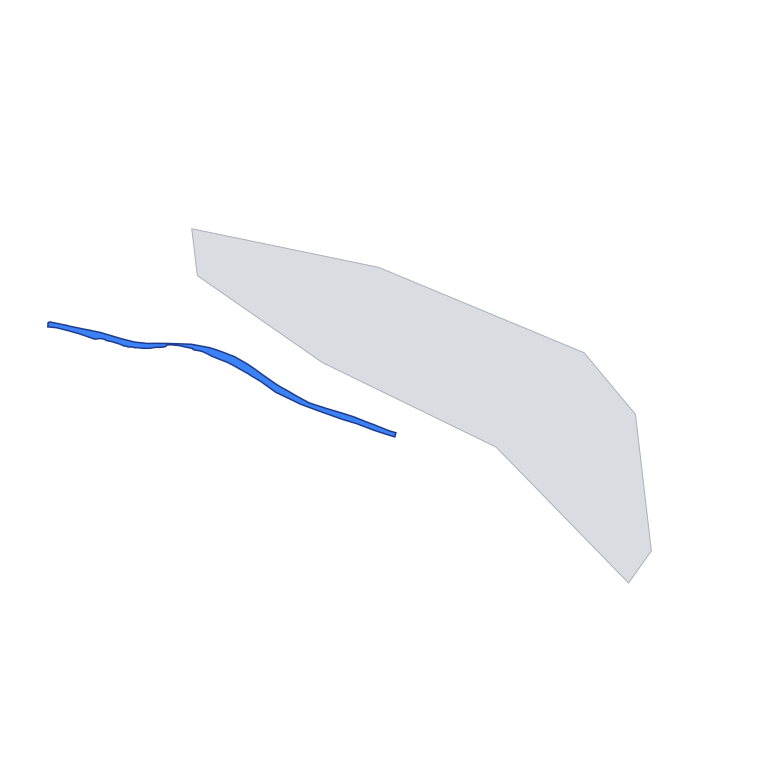 Lofeagai, Tuvalu (highlighted), rotated 303°
{"feature_id": "33948139B40181736549417", "entity_name": "Lofeagai", "entity_type": "district", "adm_level": 2, "iso_a3": "TUV", "parent_name": "Tuvalu", "parent_adm1": "", "projection": "orthographic", "projection_center": [179.19, -8.479], "detail": "fine", "context": "in_parent", "style": "filled", "palette": "blue", "viewbox_px": 768, "rotation_deg": 303, "n_neighbors": 0, "source": "geoboundaries", "source_scale": "gbopen_adm2", "svg_char_len": 1869}
<svg xmlns="http://www.w3.org/2000/svg" viewBox="0 0 768 768"><g transform="rotate(303 384 384)"><path d="M495.5,611.4L389.7,699.1L350.3,697.5L392.1,512.4L368.4,320.9L373.2,168.5L409.5,138.2L478.9,316.1L519.2,534.8L495.5,611.4Z" fill="#d9dde1" stroke="#a8b0b8" stroke-width="1"/><path d="M349.6,420.5L347.9,415.0L346.7,409.5L344.4,397.8L342.5,389.3L342.1,387.3L340.0,376.6L337.1,365.9L333.6,354.0L332.3,349.6L329.2,338.4L327.4,331.3L326.4,318.9L326.1,312.8L325.8,306.3L325.2,298.7L325.1,293.1L325.6,278.1L325.9,272.4L326.1,269.6L326.4,258.8L325.5,243.6L324.1,237.0L323.2,232.6L321.8,226.4L319.4,217.7L312.4,200.8L309.4,195.8L302.2,183.8L299.5,179.4L293.9,170.6L289.2,163.6L283.2,151.7L280.1,142.5L278.2,136.6L272.8,118.2L260.8,87.7L260.8,87.2L254.0,69.8L252.5,68.9L248.8,70.9L250.7,74.5L252.8,78.6L256.8,90.3L260.0,100.6L263.9,116.3L264.3,117.2L264.6,117.7L265.5,118.8L266.4,119.6L266.7,120.1L267.4,121.1L267.8,121.9L268.4,123.0L268.9,124.2L269.3,125.2L269.3,126.1L269.2,127.2L271.3,132.8L273.6,140.9L273.8,142.4L274.0,143.4L274.1,144.5L274.2,145.3L274.7,146.0L275.2,146.8L275.4,148.1L275.7,149.3L277.0,151.2L278.0,152.9L278.7,155.2L280.4,157.9L281.3,159.6L282.6,162.3L285.0,166.1L285.8,167.3L287.1,168.9L288.0,169.9L288.8,170.7L289.7,171.7L291.3,173.9L293.5,177.2L294.0,177.7L294.5,178.5L295.0,179.0L295.6,179.6L296.5,180.3L296.9,180.4L297.4,180.7L298.0,180.8L298.7,180.8L298.8,181.0L301.0,184.2L304.4,190.8L306.8,197.1L308.4,201.2L308.7,202.2L309.1,203.2L309.6,204.3L309.1,204.7L309.1,205.5L309.3,206.6L311.1,210.6L312.0,213.1L312.6,215.5L312.8,217.3L313.1,219.4L313.5,224.5L315.4,233.9L316.8,240.7L317.4,246.3L318.6,264.1L318.6,269.4L319.0,279.2L318.1,297.6L319.3,306.9L320.3,314.4L321.5,324.5L325.6,342.8L328.5,355.0L331.7,368.5L335.9,382.8L337.1,388.6L339.7,400.7L343.0,413.1L345.5,421.9L349.6,420.5Z" fill="#3b82f6" stroke="#1e3a8a" stroke-width="1.5"/></g></svg>